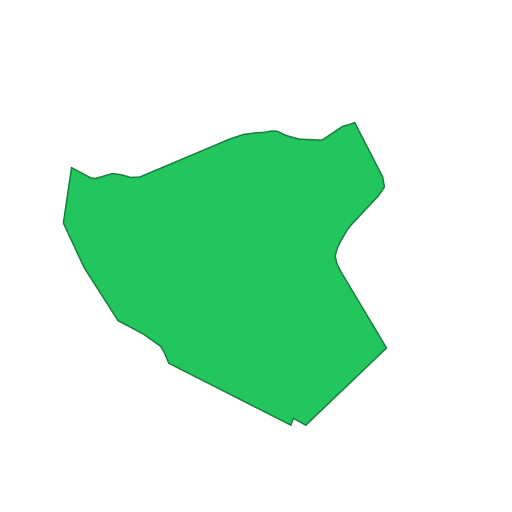 SVG path tracing the border of Ouargla, rotated 59°
{"feature_id": "DZA-2194", "entity_name": "Ouargla", "entity_type": "Province", "adm_level": 1, "iso_a3": "DZA", "parent_name": "Algeria", "parent_adm1": "", "projection": "robinson", "projection_center": [6.675, 30.952], "detail": "fine", "context": "isolated", "style": "filled", "palette": "green", "viewbox_px": 512, "rotation_deg": 59, "n_neighbors": 0, "source": "natural_earth", "source_scale": "10m", "svg_char_len": 913}
<svg xmlns="http://www.w3.org/2000/svg" viewBox="0 0 512 512"><g transform="rotate(59 256 256)"><path d="M402.1,191.5L402.3,192.1L403.8,198.9L405.3,205.7L406.8,212.4L408.3,219.2L409.9,226.0L411.4,232.8L412.9,239.5L414.5,246.3L416.0,253.1L417.5,259.9L419.0,266.6L420.6,273.4L422.1,280.2L423.6,287.0L425.2,293.7L426.7,300.5L414.6,307.4L415.8,309.4L419.0,313.2L303.0,386.0L292.1,384.3L284.2,384.3L265.0,392.7L240.5,407.5L177.4,409.3L128.5,404.1L85.3,368.6L104.1,357.3L106.9,353.7L111.3,337.0L113.8,333.5L117.7,328.9L124.1,323.0L128.4,315.2L142.1,219.0L145.3,204.3L150.1,193.1L154.4,185.0L156.5,179.2L158.4,175.7L159.2,174.7L160.5,173.2L167.9,168.4L178.2,158.7L190.7,139.7L189.5,115.0L191.2,109.1L192.4,102.7L253.5,106.7L263.0,110.4L267.5,120.2L278.8,160.0L281.0,165.1L287.4,176.7L291.5,182.7L296.8,188.2L304.0,190.5L311.4,191.3L402.1,191.5L402.1,191.5Z" fill="#22c55e" stroke="#15803d" stroke-width="1.5"/></g></svg>